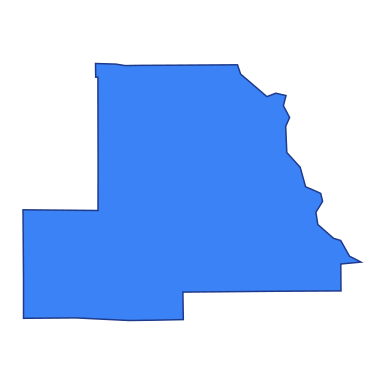 Chilton, Alabama, United States of America (orthographic projection)
{"feature_id": "52423323B35365477332818", "entity_name": "Chilton", "entity_type": "district", "adm_level": 2, "iso_a3": "USA", "parent_name": "United States of America", "parent_adm1": "Alabama", "projection": "orthographic", "projection_center": [-86.654, 32.866], "detail": "fine", "context": "isolated", "style": "filled", "palette": "blue", "viewbox_px": 384, "rotation_deg": 0, "n_neighbors": 0, "source": "geoboundaries", "source_scale": "gbopen_adm2", "svg_char_len": 613}
<svg xmlns="http://www.w3.org/2000/svg" viewBox="0 0 384 384"><path d="M76.0,317.9L129.1,320.5L152.8,320.2L183.3,319.6L182.9,292.1L282.6,291.2L341.0,290.9L340.8,264.0L361.0,262.1L349.5,256.2L340.7,240.5L333.5,238.3L317.8,224.5L315.9,212.3L322.6,201.4L320.7,193.4L313.2,190.0L305.6,186.8L300.2,167.3L286.8,152.5L285.7,126.4L289.6,117.5L283.4,105.7L286.0,95.6L275.8,93.2L266.9,96.6L240.6,74.1L237.5,64.8L174.8,65.2L137.0,65.4L125.2,65.6L115.8,64.1L95.5,63.5L95.7,77.2L97.9,77.2L98.1,169.5L98.0,203.3L98.0,210.5L23.0,209.8L23.5,276.9L23.5,318.3L76.0,317.9Z" fill="#3b82f6" stroke="#1e3a8a" stroke-width="1.5"/></svg>